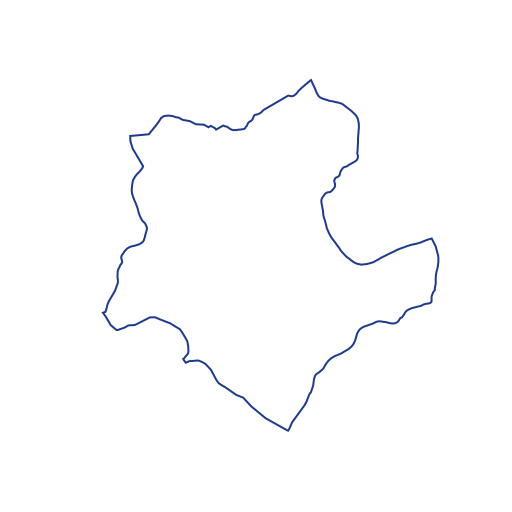 An Nadirah, Ibb, Yemen, rotated 330°
{"feature_id": "15242507B41326170621958", "entity_name": "An Nadirah", "entity_type": "district", "adm_level": 2, "iso_a3": "YEM", "parent_name": "Yemen", "parent_adm1": "Ibb", "projection": "robinson", "projection_center": [44.521, 14.061], "detail": "fine", "context": "isolated", "style": "outline", "palette": "blue", "viewbox_px": 512, "rotation_deg": 330, "n_neighbors": 0, "source": "geoboundaries", "source_scale": "gbopen_adm2", "svg_char_len": 6121}
<svg xmlns="http://www.w3.org/2000/svg" viewBox="0 0 512 512"><g transform="rotate(330 256 256)"><path d="M243.9,89.1L242.9,88.9L242.5,89.2L241.0,90.0L239.5,90.8L237.8,91.5L235.8,92.4L234.0,93.2L231.8,94.0L230.2,94.6L228.5,95.3L226.7,95.9L225.0,96.7L224.1,97.0L207.1,89.2L204.6,93.9L202.9,101.3L203.1,121.8L203.0,122.0L201.3,123.1L199.8,123.8L198.0,124.4L196.5,125.0L194.9,125.3L193.4,125.8L191.9,126.4L190.4,127.1L188.9,128.0L187.4,128.9L186.2,130.2L185.1,131.5L184.0,132.9L183.0,134.4L181.9,135.8L181.0,137.4L180.1,139.3L179.6,141.2L179.2,143.3L178.8,145.2L178.5,147.4L178.3,149.4L178.0,151.4L177.7,153.4L177.3,155.4L176.8,157.2L176.3,159.0L175.9,160.8L175.5,162.8L175.3,164.7L175.2,166.5L175.2,168.4L175.6,170.2L176.2,172.0L176.2,173.9L175.9,175.9L175.4,177.7L174.3,178.9L173.3,179.9L171.9,181.2L170.5,182.6L169.3,184.0L167.7,185.3L166.9,186.2L166.4,186.5L164.9,187.2L163.3,187.4L161.7,187.5L160.1,187.3L158.4,187.0L156.8,186.6L155.1,186.1L153.5,185.6L151.9,185.2L150.1,185.1L148.4,185.1L146.8,185.5L145.0,186.0L143.5,186.7L142.0,187.5L140.4,188.1L139.0,189.2L138.1,190.8L137.7,192.9L137.0,194.5L135.6,195.4L134.0,195.9L132.5,197.1L130.8,198.2L129.4,199.2L128.3,200.5L126.2,203.9L125.2,205.6L125.0,206.4L124.4,207.7L123.5,209.3L122.9,210.2L116.4,215.7L105.8,221.7L103.1,223.8L100.2,226.8L97.7,229.1L95.1,228.6L95.6,234.0L95.6,243.2L98.2,250.3L99.1,250.9L106.5,252.3L110.8,252.3L116.5,255.2L133.4,256.1L137.8,258.5L140.8,262.4L144.3,266.8L148.2,271.6L150.4,275.9L153.5,281.3L153.9,286.6L153.9,295.3L152.2,300.2L150.0,304.5L148.3,306.5L141.8,308.9L141.6,308.8L141.4,309.4L141.8,313.3L145.7,313.7L148.1,315.0L151.5,316.5L152.6,317.0L154.1,318.0L156.3,320.8L158.0,323.8L158.3,324.4L160.1,332.1L159.7,343.7L160.1,347.6L162.3,351.9L163.3,353.4L169.5,366.5L174.1,372.3L176.7,383.9L183.2,401.3L196.2,423.1L196.5,423.3L196.6,423.2L198.0,422.6L199.4,421.6L201.0,420.4L202.4,419.3L203.7,418.4L205.2,417.6L223.3,409.6L227.2,407.2L231.2,403.9L233.8,402.0L235.4,401.5L240.9,396.6L242.9,393.9L244.9,391.3L247.3,389.3L249.3,388.4L252.4,388.3L257.6,387.3L259.2,386.5L260.7,385.5L262.5,384.5L265.6,383.2L267.3,382.7L268.8,382.4L270.4,382.1L272.1,382.1L273.9,382.1L275.4,382.2L276.9,382.5L278.4,382.7L280.1,382.9L281.8,383.0L283.5,382.9L286.9,382.9L287.3,382.9L288.5,382.9L290.0,382.8L291.7,382.5L293.4,382.1L294.9,381.6L296.6,380.8L297.9,380.0L299.2,379.0L300.6,377.8L302.0,376.5L304.5,374.0L305.8,373.1L307.4,372.2L308.8,371.6L310.5,371.2L312.1,371.1L313.7,371.1L315.4,371.4L317.0,371.7L320.1,372.3L321.6,372.7L323.6,372.9L325.2,373.1L327.0,373.1L328.5,373.5L330.0,374.1L331.3,375.0L332.7,376.1L333.9,377.1L335.3,378.1L336.8,379.6L338.2,380.9L339.4,382.0L340.8,382.8L342.2,383.6L343.8,383.9L345.5,383.9L346.5,383.6L347.0,383.5L348.7,382.5L350.2,381.9L351.8,382.1L353.3,381.4L354.9,380.7L356.4,379.8L357.8,379.1L359.4,378.7L360.9,378.7L362.5,378.7L364.1,379.0L365.9,379.3L369.2,380.3L370.8,380.7L372.3,381.2L373.9,381.7L375.5,381.7L377.0,381.8L378.7,382.3L380.2,382.7L381.9,383.5L383.7,383.8L385.1,383.3L386.1,381.9L386.9,380.3L388.0,378.7L389.3,377.6L390.9,376.3L392.4,375.5L393.9,374.9L394.7,373.4L395.8,372.1L397.1,370.7L398.2,369.2L399.0,367.8L400.0,365.9L402.0,362.9L403.2,361.3L405.6,358.7L406.8,357.6L407.9,356.3L410.0,353.6L411.1,352.2L411.9,350.7L413.0,348.9L413.8,347.1L416.4,337.6L416.9,328.7L414.2,328.0L413.7,327.9L412.2,327.6L410.7,327.3L408.8,327.1L407.3,326.8L405.7,326.7L404.1,326.4L402.4,325.9L400.5,325.4L398.7,324.8L396.8,324.2L395.2,323.7L393.7,323.4L391.7,323.0L390.2,322.7L388.6,322.5L386.9,322.1L383.3,321.5L381.7,321.3L380.0,321.1L378.5,321.1L376.7,321.0L375.0,320.8L363.8,320.1L362.3,320.1L360.7,320.2L359.2,320.1L357.7,320.1L354.5,320.0L353.0,319.7L351.4,319.3L349.6,318.8L348.0,318.4L346.5,317.7L345.0,317.1L343.4,316.4L342.0,315.4L339.6,313.2L338.5,311.7L337.6,310.3L336.9,308.8L336.2,307.3L335.6,305.4L334.9,303.9L334.1,302.2L333.6,300.5L333.2,298.7L332.8,296.8L332.3,294.7L332.1,292.8L332.1,291.1L331.9,289.4L331.6,287.6L331.5,285.6L331.3,283.9L331.1,282.1L330.8,280.1L330.6,278.3L330.5,276.2L330.6,274.2L330.6,272.5L330.9,270.7L331.0,269.0L331.3,267.1L332.4,263.5L332.9,261.6L333.4,259.9L333.7,258.2L334.1,256.5L334.6,254.7L335.3,253.2L336.1,251.4L336.8,249.9L337.3,248.2L338.1,246.1L338.7,244.4L339.3,242.6L340.0,241.1L341.4,239.4L342.7,238.6L345.7,237.2L347.2,236.6L348.8,236.5L350.4,236.9L352.1,237.6L353.6,237.6L355.0,237.1L356.6,236.6L358.1,236.0L359.5,234.9L360.4,233.2L360.8,231.4L361.4,229.9L362.8,228.7L364.3,228.1L365.9,228.3L367.4,228.3L368.8,227.8L370.0,226.5L371.1,225.4L372.9,224.3L374.5,223.5L376.0,223.1L377.6,223.3L379.2,223.8L380.8,223.7L382.5,223.5L384.3,223.6L385.9,223.6L387.7,223.6L389.3,223.6L390.3,223.4L391.2,223.3L392.5,222.6L393.7,221.3L394.5,219.9L394.9,218.0L395.8,216.7L396.9,215.0L398.0,213.5L398.9,212.0L399.9,210.5L400.8,209.2L401.9,207.3L402.8,205.7L403.8,204.2L405.0,202.5L406.0,201.1L407.0,199.5L408.1,197.9L409.1,196.6L410.8,193.6L411.6,191.8L412.1,190.1L412.7,188.4L412.9,186.5L412.9,184.6L412.5,182.8L412.0,181.0L411.5,179.3L410.9,177.5L410.1,175.5L409.3,173.5L408.4,171.5L407.8,169.9L407.2,168.4L406.3,166.9L405.2,165.6L403.9,164.2L402.5,163.1L401.1,161.7L400.0,160.6L398.5,159.4L396.9,158.1L395.9,156.8L394.6,155.4L393.3,154.1L392.3,152.9L391.0,151.1L390.3,149.6L390.1,147.8L390.1,146.0L390.2,144.3L390.5,142.4L390.8,140.6L391.6,131.1L390.7,131.2L379.5,133.2L378.8,133.4L377.1,133.9L375.5,134.2L373.9,134.9L372.1,135.6L370.3,135.9L368.7,136.1L367.1,135.7L365.7,134.7L364.5,133.5L364.0,133.2L336.1,133.3L335.6,133.4L334.0,133.7L332.4,134.2L330.8,134.3L329.2,134.3L327.5,133.9L326.0,133.3L325.7,133.3L324.2,133.6L322.7,134.9L321.2,136.0L319.5,136.5L317.8,136.5L316.1,136.7L314.7,137.5L313.4,138.6L311.8,139.1L310.2,140.0L308.6,139.9L307.1,139.2L305.4,138.6L304.0,137.8L302.4,137.4L300.9,136.5L299.2,135.6L298.1,134.4L297.0,132.8L296.3,131.1L295.5,129.5L294.1,128.3L293.1,127.0L292.8,126.6L284.6,126.6L284.5,125.1L281.9,120.7L279.2,120.7L276.6,116.3L269.9,111.9L266.0,106.0L260.6,101.5L258.1,97.3L256.9,96.5L255.5,95.2L254.4,93.8L253.1,92.6L251.7,91.6L250.3,90.5L248.7,89.9L247.3,89.2L245.6,88.7L243.9,89.1Z" fill="none" stroke="#1e3a8a" stroke-width="2"/></g></svg>